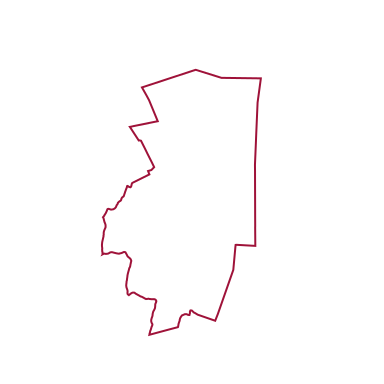 Abu-l-Matamir, Al Buhayrah, Egypt, rotated 228°
{"feature_id": "37247803B42865985960585", "entity_name": "Abu-l-Matamir", "entity_type": "district", "adm_level": 2, "iso_a3": "EGY", "parent_name": "Egypt", "parent_adm1": "Al Buhayrah", "projection": "mercator", "projection_center": [30.09, 30.782], "detail": "fine", "context": "isolated", "style": "outline", "palette": "rose", "viewbox_px": 384, "rotation_deg": 228, "n_neighbors": 0, "source": "geoboundaries", "source_scale": "gbopen_adm2", "svg_char_len": 4554}
<svg xmlns="http://www.w3.org/2000/svg" viewBox="0 0 384 384"><g transform="rotate(228 192 192)"><path d="M205.5,83.9L205.3,84.6L204.9,85.6L204.6,85.8L203.7,86.5L202.4,88.3L202.1,89.4L202.0,89.8L202.0,90.3L201.4,91.6L200.4,92.6L200.2,92.7L199.4,93.2L196.9,94.9L195.5,96.0L194.9,96.6L194.8,96.8L194.8,97.0L194.2,98.0L194.0,98.4L193.8,98.8L193.5,99.6L193.2,100.7L192.9,101.4L191.8,102.2L189.1,101.6L188.1,101.3L187.9,101.2L187.2,101.1L185.9,101.2L185.0,101.4L183.4,101.5L183.1,101.4L182.8,101.3L182.6,101.2L182.4,101.2L182.1,101.1L181.6,100.9L181.3,100.6L181.1,100.3L180.7,99.7L180.5,99.4L180.3,99.1L180.0,98.8L179.9,98.6L179.7,98.3L179.4,97.9L178.2,96.4L177.6,95.3L177.4,94.5L177.1,94.1L176.9,93.7L176.3,92.9L175.5,91.6L174.9,90.7L174.4,89.9L173.3,88.4L173.2,88.3L173.0,88.0L172.4,87.4L171.9,86.8L171.4,86.2L171.0,85.7L170.2,84.8L169.9,84.5L169.5,83.8L169.2,83.4L168.4,82.6L168.1,82.3L168.0,82.1L166.5,80.5L165.0,79.5L164.3,79.2L162.9,78.6L162.6,78.5L162.1,78.2L161.4,77.8L160.7,77.0L160.1,76.5L159.8,76.2L159.6,76.1L158.9,75.8L158.3,76.0L157.6,76.1L157.6,76.5L157.5,77.5L157.5,78.3L157.4,78.6L157.4,79.3L157.2,79.8L157.1,80.2L156.9,80.6L156.0,81.6L155.6,81.9L155.4,81.9L154.3,82.1L153.2,82.4L153.1,82.5L151.8,82.9L151.1,83.2L150.7,83.3L149.9,83.6L149.7,83.6L148.8,83.9L147.9,84.5L147.7,84.6L146.0,85.2L145.9,85.3L144.6,85.6L144.3,85.8L143.4,86.1L143.2,86.2L142.9,86.7L142.6,87.0L141.8,88.3L141.1,88.7L140.4,89.3L140.0,89.7L139.7,89.9L138.9,90.8L138.7,91.0L138.0,91.8L137.8,92.1L137.5,92.2L137.0,92.6L136.8,92.7L136.3,92.8L135.9,92.8L135.4,92.8L135.2,92.7L134.8,92.2L134.4,92.1L133.8,90.9L133.6,90.4L133.3,89.8L132.7,89.1L131.9,88.4L131.1,87.5L130.5,86.8L130.1,86.0L129.8,85.2L129.5,84.6L129.4,84.1L129.1,83.3L128.9,82.9L127.9,81.4L127.5,81.0L127.4,80.8L126.6,80.0L126.0,79.1L125.3,77.7L124.3,76.2L124.0,75.9L123.4,75.3L121.9,74.5L120.2,74.1L119.8,73.6L119.4,73.1L118.8,71.7L117.3,69.3L116.7,68.0L115.8,66.8L115.1,65.6L114.6,65.1L114.4,64.8L111.9,69.7L110.9,71.7L108.4,76.6L104.8,83.7L101.5,90.1L101.0,91.1L101.4,91.8L103.1,93.9L103.3,94.3L104.0,95.5L104.4,96.3L104.7,96.8L105.2,97.3L105.5,97.7L105.7,98.1L106.1,98.7L106.3,99.2L106.7,100.5L107.0,102.0L106.7,102.7L106.6,103.1L105.9,105.1L105.6,105.3L105.2,105.8L104.7,106.3L103.2,106.9L103.0,107.2L102.7,107.4L102.3,107.8L102.5,108.1L102.7,108.4L103.5,109.6L103.8,109.8L104.4,110.3L104.6,110.7L104.7,110.9L105.0,111.4L104.9,111.6L104.8,112.0L104.4,112.2L103.9,112.6L101.7,112.7L101.3,112.7L100.7,113.0L100.4,113.1L100.2,113.2L99.2,113.5L98.3,113.8L98.1,113.8L97.9,113.9L97.1,114.1L94.4,115.6L94.2,115.7L80.8,123.1L83.4,128.3L84.0,129.5L106.5,170.6L121.6,186.9L123.5,189.0L123.4,189.2L123.3,189.3L123.0,189.7L109.6,203.0L123.6,215.4L124.1,215.9L132.5,223.4L143.0,232.8L153.4,242.1L165.0,252.5L170.1,257.0L185.0,271.6L192.6,279.0L214.6,300.6L230.1,318.9L230.4,319.2L257.1,290.3L280.2,276.6L280.4,276.4L303.2,224.8L294.2,222.8L288.9,221.5L267.5,213.9L269.0,211.4L270.3,209.2L282.0,189.4L265.9,186.9L265.7,187.3L265.6,187.5L264.2,188.4L254.7,185.8L250.2,184.5L240.6,181.9L235.8,180.5L235.5,176.5L237.0,173.4L233.6,172.1L238.7,153.7L238.3,152.6L237.5,151.5L236.8,150.4L236.7,150.2L236.8,149.3L238.0,148.6L238.3,148.5L238.6,148.5L239.6,148.2L239.8,147.7L239.0,146.6L238.2,145.0L238.2,144.9L237.4,143.5L237.3,143.3L236.8,142.3L236.2,141.4L236.1,141.1L235.2,139.6L235.0,139.2L234.5,138.3L234.6,137.8L234.6,137.0L234.7,136.5L234.4,135.4L234.3,135.2L233.5,134.0L233.3,133.3L233.4,132.5L233.5,132.3L233.5,132.0L233.6,131.6L233.6,130.7L233.5,129.6L233.0,129.0L232.7,128.0L232.6,127.1L232.2,126.4L231.7,125.4L231.5,124.2L231.5,123.6L231.6,123.0L231.8,122.0L232.3,121.2L233.1,120.0L234.1,119.5L234.5,119.2L235.1,118.9L235.3,118.7L235.7,118.2L235.8,117.7L235.6,117.4L235.5,117.0L235.4,116.8L234.9,115.9L234.4,114.7L234.0,113.8L233.7,112.7L233.5,112.0L233.5,111.8L233.1,110.9L233.0,110.2L232.9,109.6L232.8,109.0L232.5,109.0L231.8,108.7L231.1,108.4L230.4,108.0L228.1,106.8L227.9,106.8L227.4,106.6L227.2,106.5L226.9,106.4L226.4,106.2L225.7,105.9L225.0,105.4L224.4,104.9L224.0,104.5L223.9,104.4L223.6,104.1L223.5,103.9L223.4,103.8L223.1,103.0L222.7,102.2L222.4,101.5L221.9,100.6L221.6,100.1L220.7,99.0L219.8,98.2L219.4,97.9L218.9,97.1L218.7,97.0L218.2,96.5L216.3,93.8L215.6,92.8L214.9,91.8L214.7,91.6L214.0,90.8L213.7,90.5L213.3,90.0L213.1,89.9L212.2,89.0L211.6,88.6L210.9,88.1L210.7,88.0L210.6,87.9L210.3,87.6L209.8,87.3L209.4,86.7L209.1,86.5L208.6,86.1L208.2,85.8L207.9,85.5L207.7,85.4L207.2,85.3L207.0,85.2L206.6,84.6L206.3,84.4L206.0,84.3L205.7,84.4L205.5,83.9Z" fill="none" stroke="#9f1239" stroke-width="2"/></g></svg>